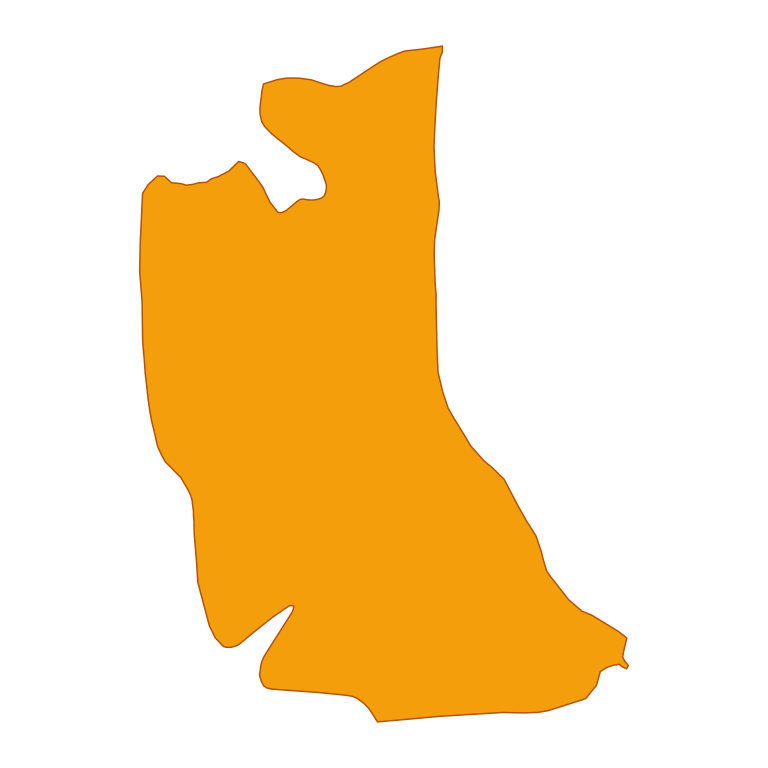 the district of Thakhek, Khammouan, Laos, rotated 180°
{"feature_id": "54806243B53814291483739", "entity_name": "Thakhek", "entity_type": "district", "adm_level": 2, "iso_a3": "LAO", "parent_name": "Laos", "parent_adm1": "Khammouan", "projection": "robinson", "projection_center": [104.881, 17.385], "detail": "fine", "context": "isolated", "style": "filled", "palette": "amber", "viewbox_px": 768, "rotation_deg": 180, "n_neighbors": 0, "source": "geoboundaries", "source_scale": "gbopen_adm2", "svg_char_len": 2876}
<svg xmlns="http://www.w3.org/2000/svg" viewBox="0 0 768 768"><g transform="rotate(180 384 384)"><path d="M141.2,130.0L149.1,136.2L176.0,152.7L186.0,156.8L199.2,168.1L217.6,191.6L221.3,196.8L224.3,206.8L226.7,216.5L232.1,232.2L241.5,247.1L249.4,261.0L263.9,288.7L275.1,299.7L284.1,307.2L297.0,321.7L308.2,340.3L313.8,349.2L320.0,360.2L325.3,376.2L330.0,396.0L330.9,415.1L331.6,447.8L332.0,466.1L332.0,466.3L331.9,473.5L332.9,484.9L333.8,513.1L333.4,528.0L330.9,545.3L329.0,557.8L328.7,566.2L329.7,572.0L332.9,597.1L334.0,621.7L332.8,647.3L331.9,663.0L330.1,687.3L328.1,709.6L326.5,714.0L325.9,715.2L325.6,715.7L325.6,721.9L346.5,718.8L359.8,717.4L363.9,716.8L370.9,714.1L377.8,711.1L387.0,706.6L393.6,702.5L419.0,685.6L422.4,684.0L424.3,683.3L426.6,681.9L431.9,681.4L439.3,682.6L445.6,684.5L456.4,688.1L468.4,689.8L475.9,690.0L482.0,689.8L486.9,689.0L490.9,688.3L496.4,686.6L504.5,684.0L506.3,676.0L506.7,671.2L507.4,666.2L508.0,660.3L508.0,654.3L506.3,646.5L503.4,641.5L495.8,633.7L490.1,629.1L485.9,625.8L480.3,621.3L475.3,616.8L470.9,613.6L467.9,611.3L462.6,609.1L453.7,605.1L449.9,602.2L447.2,597.7L445.0,593.2L443.3,588.2L441.7,583.5L441.6,579.8L442.4,575.3L443.8,572.2L445.8,570.3L448.0,569.4L449.9,568.7L454.3,568.0L457.9,568.0L460.8,568.2L464.6,568.9L467.6,568.7L470.7,566.8L473.5,564.4L481.4,557.8L484.0,556.4L485.9,555.4L487.7,555.4L490.1,555.7L492.0,558.0L497.9,565.7L502.2,574.4L505.0,580.4L508.4,585.4L513.3,592.0L517.8,597.8L519.9,600.8L522.2,603.7L524.4,605.1L529.4,606.5L539.0,597.1L549.7,591.4L556.7,589.2L561.6,585.6L569.1,585.3L574.9,583.7L581.3,582.8L587.4,584.4L596.6,585.3L603.6,591.7L610.5,592.0L619.8,583.4L625.4,574.7L625.8,566.5L627.8,524.3L628.3,496.2L625.9,466.3L625.4,430.3L625.3,426.0L624.8,420.0L623.9,410.3L622.7,393.9L621.9,387.4L619.8,368.3L618.9,361.9L618.0,356.0L616.6,348.0L613.0,333.2L611.9,328.0L610.9,323.7L609.7,319.9L605.8,311.7L602.6,306.1L587.1,290.4L579.7,277.6L576.9,271.6L575.9,267.6L575.2,261.9L574.6,257.2L574.5,252.3L574.0,246.7L574.0,243.2L574.0,242.4L573.9,238.0L573.8,234.4L572.4,217.6L571.6,208.1L570.2,185.7L558.6,142.1L555.1,135.0L552.6,129.9L548.6,125.9L546.7,123.6L544.3,121.4L541.7,120.7L539.1,120.7L537.0,120.7L534.4,121.4L531.8,122.2L529.4,123.3L525.5,126.3L517.4,133.3L495.4,150.8L479.1,162.0L476.5,162.4L475.4,162.4L474.4,162.0L474.4,160.2L474.8,158.3L475.9,155.8L503.8,111.8L506.2,106.5L507.2,102.2L507.9,96.6L508.4,93.7L507.9,90.7L506.8,87.0L505.4,84.3L504.1,81.9L500.8,79.9L496.2,78.9L480.0,77.7L449.4,75.5L424.5,73.0L419.5,72.4L415.8,71.7L410.9,69.7L406.2,66.2L402.8,63.4L398.9,59.1L394.3,52.2L390.5,46.1L328.1,51.7L266.0,55.5L242.9,55.1L230.7,55.6L225.5,56.4L220.0,57.3L199.0,64.0L186.1,68.1L182.0,69.7L171.5,82.8L167.7,96.4L160.9,100.7L154.4,102.8L148.8,103.7L145.4,101.0L141.4,99.3L139.7,102.5L143.5,107.2L145.3,110.9L144.5,116.0L141.2,130.0Z" fill="#f59e0b" stroke="#b45309" stroke-width="1.5"/></g></svg>